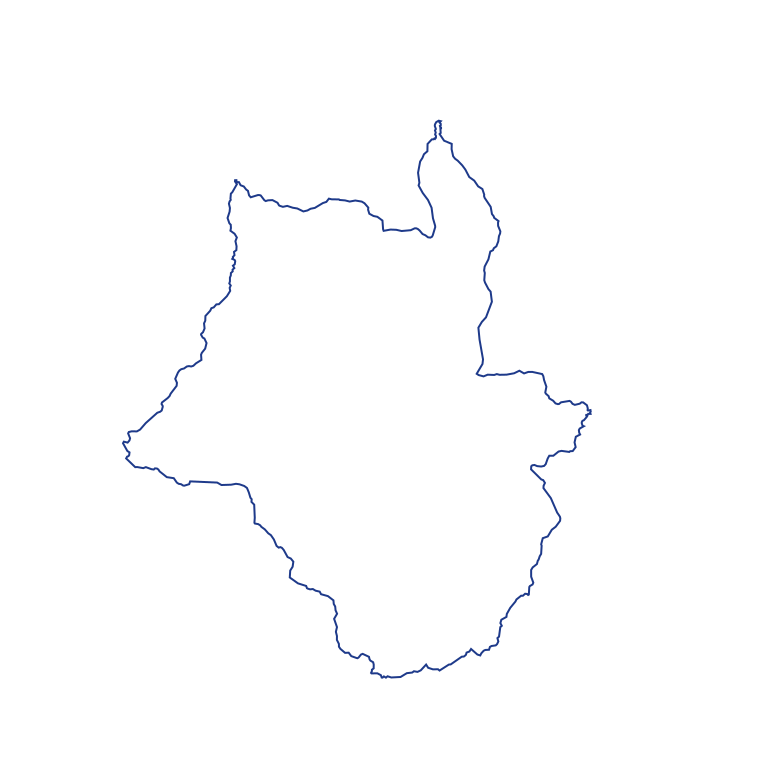 outline of Mamasa, Sulawesi Barat, Indonesia, rotated 211°
{"feature_id": "22746128B65559589019405", "entity_name": "Mamasa", "entity_type": "district", "adm_level": 2, "iso_a3": "IDN", "parent_name": "Indonesia", "parent_adm1": "Sulawesi Barat", "projection": "albers", "projection_center": [119.392, -2.996], "detail": "fine", "context": "isolated", "style": "outline", "palette": "blue", "viewbox_px": 768, "rotation_deg": 211, "n_neighbors": 0, "source": "geoboundaries", "source_scale": "gbopen_adm2", "svg_char_len": 6166}
<svg xmlns="http://www.w3.org/2000/svg" viewBox="0 0 768 768"><g transform="rotate(211 384 384)"><path d="M191.6,464.8L192.7,465.8L192.6,466.8L193.6,468.0L195.5,466.3L196.0,466.4L196.8,468.1L199.1,470.3L203.8,470.8L205.3,470.0L206.1,467.9L209.7,464.4L212.2,464.1L214.6,465.1L216.2,465.1L222.8,459.5L223.7,457.0L224.6,456.3L227.0,455.7L230.4,456.8L234.9,456.8L236.7,458.4L240.4,459.1L241.4,459.8L243.4,465.3L248.8,469.8L251.4,472.7L253.5,474.0L263.2,470.7L266.5,468.7L269.4,465.2L274.8,465.1L278.0,460.2L283.8,455.1L289.7,451.4L292.4,450.6L294.2,448.5L299.9,445.4L302.6,441.8L307.5,440.4L309.8,440.5L309.9,451.9L311.8,456.1L325.0,471.3L332.1,480.9L332.1,487.6L330.9,493.7L333.9,510.1L340.2,518.1L343.3,519.1L349.7,523.0L351.5,524.6L354.8,531.1L356.6,532.8L358.2,536.5L358.7,544.6L361.1,552.3L359.5,554.8L359.8,556.9L358.6,559.9L359.5,565.1L361.6,569.9L362.0,572.8L362.9,574.8L367.6,578.3L369.4,581.1L369.7,582.6L375.2,583.2L376.2,584.2L379.0,585.3L383.8,590.8L393.6,595.4L395.1,596.7L395.6,597.9L400.1,601.8L405.1,601.9L411.4,604.8L417.5,605.3L424.7,609.7L429.5,611.7L435.8,613.4L439.1,613.7L442.0,614.8L447.0,620.1L449.6,624.7L457.8,623.5L465.1,626.9L464.7,628.4L467.1,631.8L466.7,632.4L467.2,633.2L467.9,633.0L469.0,634.0L468.6,634.9L469.3,636.2L471.1,636.8L470.7,638.5L472.7,637.9L474.1,635.4L474.0,632.7L473.4,631.4L470.9,629.3L470.9,627.6L469.2,626.2L468.7,624.2L467.2,623.4L466.3,621.8L466.5,620.3L467.3,620.4L467.5,619.3L469.0,618.3L470.3,612.2L466.7,605.9L468.1,601.5L467.5,597.7L467.6,593.3L463.6,582.6L457.3,574.7L456.6,572.0L449.2,567.7L441.1,564.4L434.0,559.6L427.4,551.3L421.8,546.1L420.9,544.9L418.8,536.6L418.7,535.0L419.6,533.4L421.8,532.4L425.1,532.8L428.2,532.4L432.5,533.9L434.9,534.3L436.7,534.0L437.9,533.2L440.3,529.6L447.7,524.2L452.9,522.5L458.0,519.7L463.2,515.1L464.5,516.2L469.5,523.3L475.8,523.9L479.5,522.6L484.3,522.4L487.4,525.2L488.3,527.1L493.8,528.9L497.0,528.9L503.1,526.5L507.4,522.7L512.0,521.3L516.8,518.9L517.7,519.0L524.1,515.3L526.7,514.5L527.2,510.4L529.6,507.6L534.0,499.3L537.2,496.4L539.0,493.3L542.0,490.4L548.7,489.8L553.0,488.1L558.7,486.8L561.9,483.8L564.9,483.1L565.9,483.0L568.6,484.5L574.3,484.2L578.0,481.7L579.6,479.9L581.2,479.9L586.7,482.1L587.8,481.9L589.4,481.0L594.4,475.4L596.8,476.2L600.1,479.5L602.3,479.7L605.9,481.1L609.3,480.5L612.3,482.3L613.8,481.4L614.8,481.7L615.5,482.7L616.6,482.0L616.1,480.9L613.0,479.5L612.8,470.2L613.3,468.3L611.1,463.8L610.2,462.9L610.4,461.0L609.8,458.7L606.7,455.5L605.1,452.2L603.6,445.7L599.3,442.1L597.4,441.6L595.5,438.8L594.6,436.3L589.4,435.8L585.6,433.8L584.9,429.9L581.3,426.1L579.5,422.7L580.6,420.0L578.5,417.4L579.0,415.1L578.4,414.4L578.5,413.1L576.0,413.4L574.8,412.7L573.6,409.7L574.4,407.6L572.0,406.3L572.7,404.0L571.7,402.6L572.4,400.3L571.2,398.1L570.9,395.9L568.9,392.6L568.4,390.5L566.1,389.5L565.8,386.9L563.8,384.6L563.9,378.3L566.6,367.4L568.7,365.9L569.4,362.0L571.0,360.1L570.7,357.3L572.1,350.3L569.8,346.2L569.5,343.3L566.4,339.2L565.8,335.1L566.5,332.9L566.2,332.0L563.3,330.4L561.4,330.5L557.2,327.7L555.5,322.2L556.2,316.9L555.9,314.9L552.9,310.6L555.8,304.9L556.8,301.4L558.3,299.7L560.4,298.9L562.0,297.5L563.4,294.3L565.4,292.3L566.3,290.2L566.5,287.7L565.6,280.9L562.1,278.4L560.8,275.6L561.9,265.9L561.6,263.2L562.2,260.5L564.8,253.8L564.4,252.3L562.5,251.3L561.9,250.5L560.9,246.8L561.6,244.9L563.5,242.6L568.1,227.8L569.6,219.3L571.4,216.1L575.9,213.5L578.0,211.4L577.9,209.9L573.7,206.7L573.1,204.5L573.6,201.7L577.3,200.6L577.2,198.8L569.5,194.4L566.9,194.3L565.8,191.8L565.9,190.5L566.8,189.4L566.7,187.4L554.4,184.6L552.8,185.7L547.0,187.9L545.3,190.1L539.5,191.2L537.3,192.1L536.9,193.7L535.1,194.6L533.4,194.5L531.3,193.5L522.2,192.3L515.7,195.0L510.8,192.8L508.6,192.7L506.3,193.6L503.9,193.5L502.8,194.0L499.4,197.8L500.0,200.7L476.2,213.6L471.3,213.7L463.1,219.0L459.5,222.2L456.2,223.6L451.3,224.6L448.8,224.4L447.9,224.3L444.1,221.5L439.9,217.7L438.1,217.1L436.9,214.7L433.1,213.7L425.9,202.8L423.6,198.3L422.8,197.9L419.7,199.1L417.3,199.1L415.6,198.4L411.3,198.0L406.3,196.4L403.1,196.2L398.3,194.0L392.7,189.9L390.0,189.5L388.8,190.8L387.2,191.0L384.5,190.1L377.5,186.0L374.0,186.4L370.2,185.0L368.2,180.3L368.3,175.8L365.1,169.6L355.1,168.8L346.7,170.8L344.9,169.3L344.1,169.3L341.6,169.9L339.4,171.6L336.2,171.6L332.2,172.9L329.7,171.4L322.8,173.3L315.9,172.5L313.8,169.6L311.2,168.1L309.0,165.1L305.9,162.9L305.8,157.0L299.1,151.4L297.6,146.8L294.5,143.7L292.6,140.4L288.8,138.0L287.3,135.6L284.9,134.5L278.9,133.5L275.9,135.5L271.9,133.9L266.4,135.0L265.5,135.3L264.9,136.5L264.4,140.2L263.3,141.7L256.4,142.4L254.5,140.5L253.2,139.9L250.0,139.9L248.3,138.2L246.4,134.9L247.2,132.9L246.5,131.6L246.3,129.7L245.7,129.5L240.6,132.6L236.7,132.8L234.8,131.2L234.0,131.6L233.5,133.3L231.1,133.3L230.4,135.3L226.6,136.2L218.9,141.4L215.5,147.9L211.2,151.2L210.4,153.2L207.0,154.5L205.0,157.5L203.4,165.2L200.0,163.5L195.1,164.6L190.8,167.3L188.8,167.0L183.9,176.9L182.4,178.0L176.9,190.3L175.2,191.5L174.8,192.4L174.3,194.1L174.9,196.3L173.0,198.7L172.9,201.7L164.6,200.2L161.7,200.9L161.9,203.2L161.2,206.7L160.2,208.2L157.1,210.3L157.8,213.2L156.9,214.8L153.6,217.5L153.1,219.3L153.4,222.2L155.9,224.6L155.3,226.7L159.1,235.5L158.5,237.4L161.1,239.0L162.0,242.4L159.1,247.4L160.3,250.2L160.5,257.2L159.3,265.2L159.5,267.5L157.4,273.2L155.9,274.0L155.0,276.9L153.2,277.7L151.8,277.4L151.4,278.1L154.9,284.8L154.9,285.9L153.4,288.7L153.7,290.6L158.6,294.6L162.1,300.4L162.1,303.4L160.2,308.4L161.2,311.9L161.0,313.0L161.8,316.5L161.8,319.3L165.6,326.6L166.7,327.5L168.5,333.6L165.1,337.7L165.1,345.5L163.3,350.1L162.6,357.4L163.7,359.7L164.9,360.9L169.4,363.0L182.2,372.1L193.7,376.9L194.8,379.0L195.1,382.1L198.0,383.6L200.1,383.2L214.0,386.6L215.4,389.3L215.0,390.7L213.3,392.1L210.4,392.5L206.8,394.2L204.6,396.2L204.1,398.6L205.3,404.4L205.4,407.6L201.9,409.7L199.6,416.0L197.4,418.1L190.2,421.2L189.8,422.3L187.7,423.7L187.2,428.6L190.6,432.1L192.4,437.6L189.9,441.7L191.6,442.8L193.2,444.8L193.3,446.6L191.0,450.7L192.3,450.5L194.2,452.1L194.8,453.1L194.9,454.7L194.0,455.9L193.3,460.0L193.3,461.1L194.4,461.1L194.7,461.7L193.6,462.5L193.6,463.6L191.6,464.8Z" fill="none" stroke="#1e3a8a" stroke-width="2"/></g></svg>